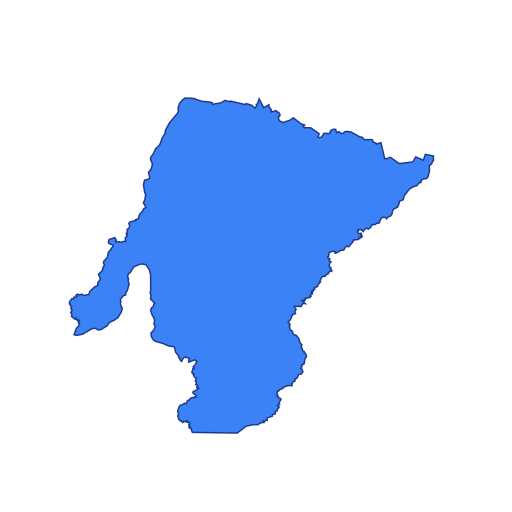 the district of Fuente De Oro, Meta, Colombia, rotated 78°
{"feature_id": "7082276B73436966556792", "entity_name": "Fuente De Oro", "entity_type": "district", "adm_level": 2, "iso_a3": "COL", "parent_name": "Colombia", "parent_adm1": "Meta", "projection": "natural_earth1", "projection_center": [-73.571, 3.391], "detail": "fine", "context": "isolated", "style": "filled", "palette": "blue", "viewbox_px": 512, "rotation_deg": 78, "n_neighbors": 0, "source": "geoboundaries", "source_scale": "gbopen_adm2", "svg_char_len": 6136}
<svg xmlns="http://www.w3.org/2000/svg" viewBox="0 0 512 512"><g transform="rotate(78 256 256)"><path d="M425.3,311.1L420.5,301.4L420.4,293.8L421.3,289.7L420.1,285.0L420.5,282.8L418.9,283.0L419.4,281.9L418.7,280.2L419.1,279.3L417.2,279.1L416.6,278.1L416.1,273.3L414.5,272.8L414.3,269.8L412.5,269.7L411.8,267.5L410.7,267.2L408.5,264.7L406.8,266.0L406.1,263.9L405.2,264.6L401.7,261.6L400.6,261.5L399.4,263.6L398.3,263.3L397.3,264.6L396.4,263.6L395.3,264.2L392.7,263.2L392.8,261.9L391.7,261.0L391.2,257.3L390.3,257.2L390.0,256.1L389.4,251.3L390.4,247.8L387.2,246.7L386.3,243.7L384.5,243.8L383.9,241.2L380.8,239.0L380.7,235.9L379.1,234.2L376.2,234.5L375.3,235.6L373.3,233.8L371.8,233.9L371.7,231.8L371.1,231.1L367.1,229.7L364.7,227.5L363.2,227.5L361.5,227.9L360.8,229.0L359.5,228.7L357.7,230.4L356.1,229.9L355.1,230.8L352.2,229.6L350.3,231.0L345.8,231.3L342.0,233.1L340.6,235.7L337.0,236.1L335.4,237.8L332.2,238.1L331.8,237.4L330.7,237.7L329.8,236.9L327.6,238.4L325.5,235.7L320.9,232.3L320.5,229.3L318.8,229.7L316.4,227.8L314.4,229.0L313.1,228.8L314.8,222.5L312.1,219.9L312.8,217.8L309.2,220.2L310.0,218.4L309.7,217.6L308.7,217.9L308.9,216.8L307.7,216.8L307.8,211.8L307.2,211.8L307.0,210.8L306.2,211.4L304.7,208.9L304.3,209.7L303.6,209.5L303.6,208.7L302.5,208.8L302.9,208.4L302.1,207.2L301.6,207.9L301.4,206.8L300.2,206.2L300.5,205.4L299.0,205.5L298.7,202.1L297.1,201.7L295.1,198.7L295.0,199.3L294.1,198.9L290.2,195.9L289.8,194.2L290.3,192.7L289.0,191.6L288.6,189.3L287.7,189.2L287.6,188.2L286.7,187.7L286.0,186.6L286.4,186.0L285.7,186.1L286.1,184.9L284.6,185.5L283.0,185.2L282.7,186.1L281.1,186.6L277.3,184.8L277.6,183.4L275.7,185.7L274.3,184.4L272.4,186.2L271.5,185.9L271.4,185.0L267.9,183.9L267.3,181.1L267.7,178.5L268.7,177.2L269.4,178.1L269.9,177.5L268.1,171.6L268.4,169.0L265.5,166.3L265.3,164.6L266.0,164.3L266.1,163.3L262.2,158.1L260.6,157.4L261.1,152.2L260.0,151.9L260.1,149.9L258.9,148.0L258.0,148.3L258.0,149.6L256.6,148.3L255.6,148.4L255.4,151.0L254.5,151.5L253.3,151.7L252.7,150.6L251.4,150.6L252.1,147.5L254.3,146.1L252.8,144.6L251.7,141.9L253.0,140.4L252.2,138.5L249.5,135.8L250.0,132.8L249.1,131.2L249.3,128.7L245.6,126.1L244.3,123.8L245.4,121.0L246.7,120.7L245.0,118.1L245.1,116.5L243.3,114.3L239.9,112.9L238.5,111.0L237.8,107.5L234.6,105.2L232.3,104.5L231.7,100.6L227.8,98.4L222.5,92.2L220.8,87.0L220.7,84.1L218.7,81.7L218.1,79.1L216.5,79.1L215.3,75.9L215.8,73.6L214.5,71.4L208.9,68.6L203.8,67.8L202.7,65.6L199.3,62.5L195.0,61.7L191.8,69.2L197.1,72.4L192.3,79.1L196.6,83.0L195.4,96.7L187.3,104.1L188.0,107.3L187.6,109.9L171.2,110.2L171.5,115.2L170.4,115.3L169.0,117.8L167.2,117.7L166.2,118.5L164.7,126.0L162.0,127.3L161.1,129.6L154.5,137.2L153.0,141.2L153.0,143.7L153.8,144.5L154.1,147.2L151.6,149.1L152.2,151.6L148.7,151.8L148.1,153.8L148.6,156.6L151.6,158.7L150.1,163.9L153.4,167.2L153.4,169.3L152.5,170.7L149.6,168.8L142.0,175.8L140.5,182.2L138.9,182.9L138.1,181.2L136.0,184.6L128.6,190.7L130.2,194.4L131.1,201.6L128.5,205.2L124.7,205.3L124.1,203.8L122.6,203.1L120.3,203.9L119.5,205.3L118.1,206.0L118.1,211.4L115.9,210.7L112.5,212.4L110.8,211.9L112.5,217.6L103.0,220.2L107.5,222.9L107.8,224.2L109.4,224.2L111.1,226.2L107.7,228.9L104.8,234.0L105.7,234.9L99.2,248.7L99.9,249.0L97.4,253.9L98.9,258.5L98.6,267.1L97.0,267.0L95.7,269.5L93.4,277.0L88.8,284.5L86.7,292.5L88.1,295.6L90.9,299.1L95.1,301.5L98.1,301.7L100.1,303.2L108.0,313.2L114.3,318.5L116.9,319.3L121.0,323.1L127.3,327.1L130.1,331.7L135.2,335.7L137.7,338.6L140.0,339.1L144.3,338.1L149.1,340.4L151.8,343.7L157.6,343.7L158.5,345.3L158.7,349.2L162.6,351.2L170.9,351.7L172.4,351.0L177.7,352.9L180.6,355.1L185.4,353.5L186.8,356.5L188.4,357.3L190.9,361.1L195.2,363.6L195.4,366.2L196.3,366.2L196.5,372.1L197.6,373.6L200.3,373.3L202.3,374.3L203.1,376.4L206.1,377.2L206.8,378.1L207.6,377.3L208.3,378.3L209.7,377.7L211.2,380.2L214.5,380.4L214.2,383.2L214.7,384.8L213.5,387.1L213.5,390.1L212.6,390.4L211.5,389.3L208.7,390.3L209.3,396.2L211.5,397.5L213.2,397.3L215.4,393.8L216.5,393.6L222.2,400.0L226.2,401.4L229.6,406.1L231.4,406.7L233.2,406.0L235.4,408.1L238.3,409.3L241.1,413.9L245.8,412.9L247.6,414.2L248.7,416.0L252.2,417.2L252.5,420.0L256.1,426.0L258.9,427.5L258.8,432.9L257.1,434.3L257.5,436.8L256.3,438.0L256.5,439.7L257.1,440.3L258.2,439.6L258.7,440.3L258.4,442.6L259.4,442.5L259.8,443.5L259.4,444.9L261.9,447.8L264.1,448.5L264.7,447.6L266.0,447.8L267.3,447.0L268.7,448.0L270.5,447.1L272.9,449.0L274.5,448.1L276.6,449.1L279.6,446.7L279.3,445.2L280.2,445.9L281.0,444.5L282.4,443.8L281.5,443.0L282.6,442.2L284.6,443.7L285.5,442.6L288.1,444.5L289.2,446.6L295.1,450.3L296.3,448.2L296.5,442.1L293.1,432.0L293.1,429.6L293.6,427.6L295.5,425.9L295.7,422.7L293.3,416.1L290.4,413.2L289.5,408.5L287.6,403.9L282.7,399.3L279.4,397.7L274.7,398.7L272.6,397.7L270.3,397.8L267.2,393.9L267.1,391.7L264.6,391.0L263.3,389.2L257.2,386.0L253.8,386.2L251.6,385.4L249.9,386.0L247.1,384.7L246.0,382.4L241.2,377.8L239.9,371.3L240.2,368.8L241.6,365.4L247.4,363.2L252.4,363.0L268.0,366.2L269.7,367.2L273.0,366.9L276.2,368.1L281.2,364.8L281.6,365.8L283.9,367.0L285.1,369.0L287.0,370.3L291.4,370.0L296.4,368.5L298.6,368.7L301.1,370.0L304.1,369.3L306.7,370.8L309.6,374.8L313.3,375.1L317.0,373.7L318.7,371.8L322.2,365.2L325.8,360.3L327.5,355.5L328.9,354.7L333.4,354.6L337.9,352.4L339.1,352.8L340.7,351.7L341.7,352.0L343.6,350.6L341.0,348.6L340.2,346.8L341.0,344.4L342.6,342.5L344.2,343.7L345.9,343.7L344.8,337.7L346.6,335.7L349.8,338.2L351.3,340.4L353.1,339.9L352.8,341.0L356.7,343.0L357.8,342.4L358.1,341.2L359.5,342.0L362.2,341.0L363.2,339.5L365.5,341.4L367.4,340.4L369.2,341.7L370.5,339.8L371.5,341.1L372.6,341.2L372.9,339.8L373.4,339.4L375.2,343.2L375.5,345.6L376.9,346.2L379.8,343.5L381.1,344.1L381.1,344.9L381.6,344.6L381.3,349.0L383.3,351.9L383.0,352.6L383.5,353.4L386.0,354.8L385.9,356.0L385.1,356.3L386.5,360.1L386.2,361.0L388.0,363.0L392.1,365.1L394.1,364.5L396.2,365.8L399.9,365.5L400.5,364.1L401.5,364.4L401.8,363.4L402.8,362.8L402.7,361.8L403.5,362.0L402.7,357.6L403.2,357.3L404.0,358.2L405.3,355.5L407.0,356.8L407.3,356.1L408.5,356.4L408.7,357.5L409.0,356.1L410.1,357.1L411.4,355.0L412.5,355.5L415.3,354.9L425.3,311.1Z" fill="#3b82f6" stroke="#1e3a8a" stroke-width="1.5"/></g></svg>